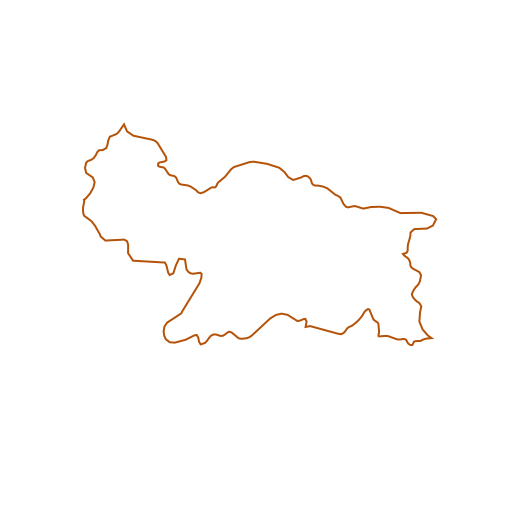 outline of Bozen, rotated 27°
{"feature_id": "ITA-5459", "entity_name": "Bozen", "entity_type": "Province", "adm_level": 1, "iso_a3": "ITA", "parent_name": "Italy", "parent_adm1": "", "projection": "albers", "projection_center": [11.502, 46.655], "detail": "fine", "context": "isolated", "style": "outline", "palette": "amber", "viewbox_px": 512, "rotation_deg": 27, "n_neighbors": 0, "source": "natural_earth", "source_scale": "10m", "svg_char_len": 3394}
<svg xmlns="http://www.w3.org/2000/svg" viewBox="0 0 512 512"><g transform="rotate(27 256 256)"><path d="M77.1,284.0L78.2,282.2L79.8,275.5L80.0,268.6L78.7,263.4L74.9,260.1L67.0,259.1L63.7,255.2L62.3,250.0L63.2,247.5L65.2,245.6L67.0,242.4L67.5,238.6L67.4,235.6L68.1,233.1L71.3,231.2L73.6,227.8L73.1,224.1L71.9,220.2L71.6,216.1L75.7,211.4L76.8,209.7L77.5,207.2L78.6,198.6L84.5,203.5L92.1,204.5L110.8,199.5L114.1,199.2L116.9,200.0L130.9,208.6L132.7,211.3L131.7,213.2L127.6,216.5L126.8,217.8L127.8,220.1L129.8,220.2L133.7,219.0L135.8,219.8L141.1,222.8L142.9,222.9L146.4,222.0L148.3,222.0L149.9,222.9L153.1,225.6L154.9,226.4L156.8,226.3L162.9,224.2L166.1,223.8L172.5,224.5L175.6,225.6L178.2,225.2L180.8,222.5L185.0,215.5L185.8,214.7L187.8,213.8L188.6,213.0L188.9,211.6L188.7,208.8L188.9,207.8L192.4,199.5L194.4,190.1L195.9,186.8L207.9,175.0L211.2,173.0L223.9,168.9L236.7,166.8L243.3,168.3L249.0,171.1L254.6,171.4L260.8,165.3L262.2,163.2L263.9,162.0L265.7,161.5L268.9,162.3L270.1,163.0L271.2,164.0L272.2,165.3L273.7,166.3L275.4,166.6L277.1,166.3L278.8,165.3L284.2,163.7L288.6,163.3L298.0,165.2L298.3,165.3L299.7,165.4L301.1,165.2L304.6,165.6L310.5,170.0L314.0,171.3L316.1,170.8L319.7,167.8L321.7,166.5L330.0,165.1L336.3,160.1L344.1,155.8L352.2,153.0L365.2,152.2L383.7,142.4L386.8,141.8L395.5,140.0L399.8,141.4L399.8,144.9L399.8,148.5L395.9,153.9L384.8,160.2L383.0,164.9L384.2,167.5L385.0,170.6L386.2,176.8L387.4,179.8L388.7,182.3L388.7,184.8L386.0,187.5L388.0,188.3L392.3,189.0L394.3,190.0L396.5,192.1L397.5,193.8L398.6,195.1L401.1,196.0L408.9,196.2L411.8,198.2L413.5,204.1L413.6,207.4L413.1,209.3L412.5,211.2L412.0,214.3L412.0,217.8L412.4,219.6L413.5,220.6L415.3,221.9L419.1,223.3L423.0,223.8L426.1,225.8L427.7,231.6L431.3,240.2L437.8,245.8L445.3,248.8L449.7,249.5L445.1,252.4L442.9,254.5L441.9,256.0L441.4,256.7L440.4,257.4L436.9,259.4L435.9,260.3L435.6,261.3L435.8,263.2L435.7,264.2L435.0,264.8L433.8,265.2L431.8,265.0L430.6,264.5L429.6,263.9L429.0,263.3L428.2,262.8L427.4,262.4L426.1,262.6L424.7,263.2L422.7,264.7L421.1,265.6L419.1,266.3L410.0,267.4L407.0,268.8L402.8,271.4L401.7,271.8L401.0,270.8L400.5,268.8L400.2,267.9L396.0,261.1L395.4,260.5L394.5,260.1L390.3,259.5L388.7,258.6L381.4,252.3L380.6,252.2L379.7,252.6L378.7,254.4L378.2,255.8L378.0,257.2L377.8,260.8L377.4,263.0L376.4,267.1L375.0,270.7L373.4,274.2L371.0,277.3L370.4,278.4L370.0,279.5L369.6,282.8L369.3,283.9L368.9,284.8L368.5,285.6L368.0,286.3L367.4,287.0L364.4,288.0L336.0,293.9L332.4,296.7L330.9,291.6L328.5,289.6L326.7,290.9L324.8,293.4L322.4,295.1L310.8,294.1L304.9,295.8L300.5,299.5L297.0,305.2L288.5,328.5L287.1,331.2L285.2,333.3L280.9,336.3L277.9,337.2L269.0,335.2L266.5,335.6L265.2,337.4L264.1,339.9L262.5,342.3L260.4,343.4L256.0,344.1L253.9,345.1L252.0,347.6L251.3,350.5L250.9,353.6L250.0,356.7L246.8,359.9L244.1,358.2L241.6,354.9L239.0,353.3L237.1,354.7L231.3,362.6L222.9,370.1L218.3,372.0L213.4,371.1L210.5,368.8L207.9,365.1L206.5,360.6L207.0,355.8L215.5,341.0L215.4,338.9L218.0,306.0L217.1,299.9L215.7,296.7L214.0,296.2L207.8,300.5L205.2,301.2L202.7,300.8L200.1,299.4L194.3,291.3L188.6,293.4L188.9,301.0L190.2,308.9L187.7,312.2L185.3,310.7L180.4,305.0L177.8,303.2L148.6,316.0L140.7,311.5L136.9,303.9L134.4,301.4L131.2,301.2L114.8,310.6L108.8,309.2L107.3,307.7L98.6,302.0L93.4,299.6L84.7,298.2L83.7,297.4L82.6,296.2L80.8,293.2L80.0,291.6L78.1,285.1L77.1,284.0Z" fill="none" stroke="#b45309" stroke-width="2"/></g></svg>